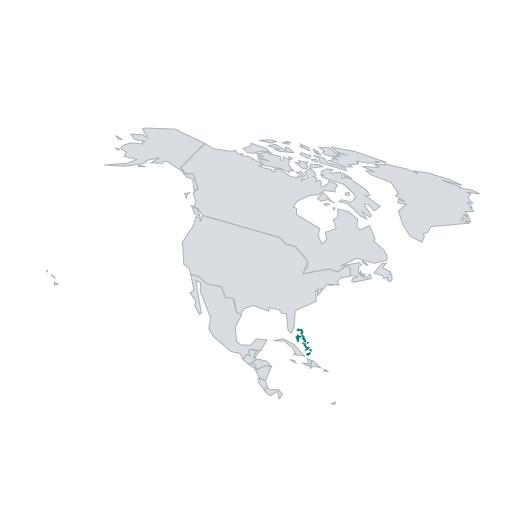 The Bahamas highlighted on a map of North America, rotated 17°
{"feature_id": "BHS", "entity_name": "The Bahamas", "entity_type": "country or territory", "adm_level": 0, "iso_a3": "BHS", "parent_name": "North America", "parent_adm1": "", "projection": "robinson", "projection_center": [-76.093, 23.939], "detail": "fine", "context": "in_parent", "style": "filled", "palette": "teal", "viewbox_px": 512, "rotation_deg": 17, "n_neighbors": 17, "source": "natural_earth", "source_scale": "50m", "svg_char_len": 11683}
<svg xmlns="http://www.w3.org/2000/svg" viewBox="0 0 512 512"><g transform="rotate(17 256 256)"><path d="M193.3,232.9L186.8,227.8L182.1,226.4L182.6,221.1L177.5,214.3L180.9,208.6L171.6,195.4L165.2,198.4L158.1,193.6L174.0,163.3L183.2,165.9L201.9,163.1L205.2,161.0L209.3,164.0L213.3,161.9L212.6,164.3L219.7,163.0L233.4,165.9L236.0,167.5L232.2,169.0L236.3,169.7L245.0,168.8L247.1,170.7L250.1,169.1L248.0,167.7L249.9,166.6L254.7,166.2L265.1,169.8L272.4,169.4L272.4,167.4L274.7,166.9L278.2,168.0L277.6,170.9L283.0,165.3L278.3,162.1L279.2,158.9L282.3,156.7L287.3,158.5L289.9,161.8L287.6,163.4L291.9,164.0L291.5,167.2L294.9,164.7L297.5,166.8L296.6,169.1L298.7,171.2L303.4,166.2L303.8,162.8L310.5,163.5L313.6,165.0L311.8,168.3L313.0,171.5L302.3,173.3L298.0,178.9L289.3,182.7L279.2,191.7L277.2,198.3L280.9,198.8L282.7,204.6L309.1,211.2L309.2,217.8L315.1,225.1L318.9,220.3L315.6,212.9L324.6,206.5L319.4,198.7L322.6,195.2L320.7,187.0L331.5,186.6L342.5,191.2L343.6,198.2L348.0,200.8L355.5,193.6L364.9,205.0L364.0,207.2L376.7,213.1L381.6,217.8L382.3,221.8L370.9,228.5L353.0,228.5L340.1,240.7L357.0,232.1L359.6,233.8L357.1,236.2L359.3,242.8L363.2,244.6L367.9,244.1L370.5,240.0L372.9,243.9L357.2,252.5L355.0,252.2L354.7,249.2L359.6,246.2L351.8,246.7L349.6,239.8L345.4,238.5L339.1,247.2L329.3,247.2L307.0,259.3L304.9,258.2L308.1,252.4L307.0,246.0L290.8,235.4L281.5,236.0L272.8,231.5L193.3,232.9ZM305.8,186.6L307.8,185.0L311.2,185.1L308.1,187.5L305.8,186.6ZM317.5,154.1L315.2,151.4L325.4,154.0L320.6,153.9L317.5,154.1ZM316.7,189.3L316.1,186.8L317.7,187.5L316.7,189.3ZM287.5,147.6L286.1,148.8L280.5,147.8L285.2,145.8L287.5,147.6ZM288.5,140.7L283.7,140.6L283.3,139.9L287.5,139.9L288.5,140.7ZM279.5,137.1L285.5,138.3L281.5,139.8L279.5,137.1ZM317.6,147.8L290.0,148.1L287.7,144.0L281.1,142.8L292.8,142.7L297.5,145.9L314.9,145.6L317.6,147.8ZM249.5,139.3L255.5,139.4L247.5,140.2L249.5,139.3ZM253.0,137.1L256.5,137.8L250.4,138.3L253.0,137.1ZM382.9,224.7L380.2,230.0L389.8,232.0L389.2,234.6L391.1,234.0L392.9,238.1L392.0,241.3L388.8,240.8L388.2,237.4L385.2,240.5L382.5,237.8L373.9,237.9L378.2,226.8L382.9,224.7ZM301.8,175.8L312.2,181.5L315.8,182.4L308.3,181.1L302.1,184.6L297.9,183.0L301.8,175.8ZM315.2,156.3L321.9,154.2L342.7,160.8L347.2,165.0L343.0,166.4L360.2,172.3L355.8,178.2L348.5,173.8L345.4,174.2L345.2,176.0L354.4,183.5L353.7,185.8L344.0,182.3L351.0,188.3L344.0,187.0L328.9,179.2L319.7,179.6L321.3,177.2L331.0,176.7L334.1,171.0L332.4,168.5L319.1,161.9L296.6,161.2L294.8,160.1L297.4,158.8L294.1,158.8L293.8,155.8L298.4,151.9L304.2,151.1L302.3,153.0L303.9,154.9L312.0,151.3L315.6,154.3L315.2,156.3ZM281.3,152.2L289.7,150.2L293.8,151.0L281.9,156.3L281.3,152.2ZM225.4,144.5L235.5,140.8L241.8,140.4L238.3,143.4L225.4,144.5ZM169.5,217.3L174.0,214.8L171.8,218.8L173.2,221.7L169.5,217.3ZM265.8,135.9L274.9,137.3L276.6,139.7L265.6,138.4L267.9,137.6L265.8,135.9ZM191.0,234.7L185.2,233.5L179.5,226.6L186.3,228.3L191.0,234.7ZM218.1,149.7L234.2,150.0L237.9,152.1L228.4,154.9L224.2,158.3L217.5,159.7L212.3,156.9L219.4,151.5L218.1,149.7ZM254.7,142.7L261.6,146.3L246.3,149.3L243.0,148.4L248.0,147.1L235.2,147.0L241.9,143.6L254.3,146.3L252.3,143.7L254.7,142.7ZM253.4,153.2L259.8,154.5L260.5,159.5L267.2,163.7L263.3,164.0L263.5,166.3L255.5,165.0L237.6,167.0L229.6,162.5L241.5,161.3L229.0,160.8L228.2,159.7L234.0,158.5L226.8,157.8L238.5,152.6L240.5,153.1L238.9,154.5L249.9,153.6L252.5,157.5L254.0,156.3L253.4,153.2ZM271.0,154.4L269.0,152.4L278.5,151.2L276.5,153.5L279.7,154.8L278.7,157.5L274.7,158.6L266.2,155.0L271.0,154.4ZM257.9,151.7L260.9,151.6L262.4,152.3L259.9,154.2L257.9,151.7ZM269.2,143.9L279.4,144.2L277.6,147.6L268.6,146.0L269.2,143.9ZM284.3,133.7L293.5,131.3L306.0,135.8L298.9,138.7L291.0,138.5L289.0,137.4L291.1,135.7L284.3,133.7ZM295.5,129.9L319.6,127.2L353.3,128.3L342.4,130.7L346.7,130.7L335.7,134.5L324.1,135.8L326.9,136.2L325.5,136.7L327.2,138.0L318.0,141.6L322.0,142.7L316.2,144.4L297.2,143.6L301.1,141.7L300.4,139.7L307.1,140.7L301.2,138.4L307.4,135.8L304.0,133.5L314.3,133.0L302.8,132.9L295.5,129.9ZM327.9,170.5L323.6,171.5L323.0,170.0L326.2,167.8L327.9,170.5ZM274.3,162.0L279.7,165.2L278.1,166.3L270.1,164.3L274.3,162.0ZM358.4,229.8L363.1,230.4L366.2,232.5L361.1,231.5L358.4,229.8ZM360.4,239.9L361.6,241.7L366.3,242.1L364.0,243.8L360.2,242.2L360.4,239.9Z" fill="#d9dde1" stroke="#a8b0b8" stroke-width="1"/><path d="M193.3,232.9L272.8,231.5L281.5,236.0L290.8,235.4L307.0,246.0L306.2,259.3L329.3,247.2L339.1,247.2L345.4,238.5L349.6,239.8L352.3,247.9L343.3,252.0L341.3,256.9L343.9,259.4L332.9,262.0L338.1,262.0L332.2,262.7L329.3,269.3L327.5,267.2L328.9,271.2L326.2,275.6L325.0,268.5L325.1,272.4L323.1,271.8L326.9,281.7L309.5,296.8L313.3,313.5L312.3,319.7L308.1,317.2L302.1,302.3L297.7,303.4L293.7,300.6L283.8,301.5L284.2,305.1L267.8,304.0L259.8,310.0L258.3,317.3L253.7,315.4L248.2,304.3L238.9,304.7L231.7,295.6L217.5,297.2L206.7,292.1L199.1,292.7L195.6,287.3L189.4,285.1L181.6,264.2L187.2,245.4L187.3,235.8L191.7,236.3L192.4,239.7L193.3,232.9ZM174.0,163.3L158.1,193.6L165.2,198.4L171.6,195.4L180.9,208.6L178.1,212.4L173.0,201.1L166.4,200.8L159.9,196.2L143.4,191.7L140.1,192.4L139.4,194.7L128.3,197.5L135.1,190.4L122.7,196.9L123.7,198.5L119.9,201.0L104.7,208.4L84.3,213.3L106.0,204.9L114.0,198.4L100.6,199.2L101.8,194.7L95.7,193.0L95.9,189.7L98.2,187.8L103.6,184.3L114.4,182.2L114.0,180.1L116.6,178.9L105.5,180.0L100.6,176.1L111.7,173.2L117.4,174.6L110.4,167.6L113.0,165.9L141.4,158.4L174.0,163.3ZM87.1,182.2L90.0,182.5L93.6,183.8L90.7,184.8L87.1,182.2ZM70.8,339.9L74.8,340.6L71.7,342.8L70.8,339.9ZM69.7,335.1L70.1,336.7L69.3,335.4L69.7,335.1ZM67.8,334.3L69.2,334.9L67.5,334.7L67.8,334.3ZM65.0,334.0L66.5,333.9L66.3,334.1L65.0,334.0ZM60.8,330.6L61.1,331.9L60.1,331.2L60.8,330.6ZM89.6,194.0L94.4,193.7L93.7,195.0L89.6,194.0ZM117.5,203.3L124.4,202.9L117.0,204.9L117.5,203.3Z" fill="#d9dde1" stroke="#a8b0b8" stroke-width="1"/><path d="M339.7,339.8L339.8,346.0L331.0,344.9L337.8,343.7L335.0,339.1L339.7,339.8Z" fill="#d9dde1" stroke="#a8b0b8" stroke-width="1"/><path d="M340.8,347.6L340.1,339.2L350.6,343.9L343.1,344.6L340.8,347.6Z" fill="#d9dde1" stroke="#a8b0b8" stroke-width="1"/><path d="M382.4,128.3L397.1,126.3L419.0,126.4L432.3,128.1L411.8,129.2L431.7,130.2L430.5,131.5L443.7,129.8L451.9,131.2L438.4,133.6L443.2,133.7L441.8,137.4L444.0,140.4L447.8,142.2L441.6,143.2L446.6,144.6L448.7,146.9L446.5,147.1L450.8,149.7L443.1,152.6L447.7,155.9L441.9,155.5L449.2,158.0L451.4,160.4L447.6,161.0L441.5,158.2L443.3,160.2L441.4,161.7L450.9,162.0L414.8,176.7L413.1,183.2L409.7,185.8L411.4,188.4L410.5,194.3L397.3,191.8L386.9,182.7L379.0,171.3L384.6,162.6L375.9,163.6L375.9,160.0L383.0,160.7L372.0,157.5L374.0,154.7L363.7,146.2L342.1,144.7L335.7,142.1L345.4,141.1L331.6,139.3L346.9,135.6L347.6,134.7L342.0,133.7L353.1,131.1L352.1,130.2L375.6,128.7L387.7,130.4L382.4,128.3Z" fill="#d9dde1" stroke="#a8b0b8" stroke-width="1"/><path d="M199.1,292.7L206.7,292.1L217.5,297.2L231.7,295.6L238.9,304.7L246.1,302.9L253.7,315.4L259.5,317.2L256.7,329.8L262.5,343.1L267.2,345.6L276.9,342.9L280.7,335.1L291.0,333.1L288.3,345.2L278.1,346.8L276.6,348.9L279.7,353.2L275.6,353.2L273.9,358.8L268.8,353.7L260.1,354.7L238.2,345.0L232.1,339.0L230.9,328.6L212.9,305.9L210.9,297.8L205.4,296.9L220.3,326.4L218.8,328.4L211.8,321.4L211.8,316.7L203.7,310.4L206.8,307.3L199.1,292.7Z" fill="#d9dde1" stroke="#a8b0b8" stroke-width="1"/><path d="M321.7,380.4L320.0,385.7L316.0,379.2L310.3,385.7L303.9,382.6L303.7,377.4L308.5,380.0L316.3,377.1L321.7,380.4Z" fill="#d9dde1" stroke="#a8b0b8" stroke-width="1"/><path d="M304.9,377.1L303.6,382.0L294.9,375.7L294.0,372.2L301.4,372.1L304.9,377.1Z" fill="#d9dde1" stroke="#a8b0b8" stroke-width="1"/><path d="M301.4,372.1L294.8,371.5L288.5,364.8L297.4,357.9L303.1,357.2L301.4,372.1Z" fill="#d9dde1" stroke="#a8b0b8" stroke-width="1"/><path d="M303.1,357.2L297.4,357.9L289.7,364.5L283.2,359.3L287.9,354.0L297.3,353.5L303.1,357.2Z" fill="#d9dde1" stroke="#a8b0b8" stroke-width="1"/><path d="M283.2,359.3L288.4,361.6L287.8,363.9L280.7,361.8L283.2,359.3Z" fill="#d9dde1" stroke="#a8b0b8" stroke-width="1"/><path d="M273.9,358.8L275.6,353.2L279.7,353.2L276.6,348.9L278.1,346.8L284.1,346.8L283.6,353.9L286.9,354.5L283.2,359.3L280.7,361.8L273.9,358.8Z" fill="#d9dde1" stroke="#a8b0b8" stroke-width="1"/><path d="M284.1,346.8L287.4,344.8L284.6,353.9L283.6,353.9L284.1,346.8Z" fill="#d9dde1" stroke="#a8b0b8" stroke-width="1"/><path d="M354.5,344.2L359.3,345.3L354.3,346.3L354.5,344.2Z" fill="#d9dde1" stroke="#a8b0b8" stroke-width="1"/><path d="M318.6,345.3L323.2,344.7L325.4,346.5L318.6,345.3Z" fill="#d9dde1" stroke="#a8b0b8" stroke-width="1"/><path d="M306.2,327.1L318.6,329.6L331.9,337.7L320.5,339.3L322.6,337.3L317.4,332.9L307.7,329.1L297.6,331.8L306.2,327.1Z" fill="#d9dde1" stroke="#a8b0b8" stroke-width="1"/><path d="M371.4,375.2L374.8,372.4L374.7,375.1L371.4,375.2Z" fill="#d9dde1" stroke="#a8b0b8" stroke-width="1"/><path d="M320.6,321.5L320.6,321.9L320.6,322.3L320.2,322.6L319.8,322.9L319.6,323.0L319.5,322.7L319.3,322.6L319.3,322.3L319.1,322.4L318.9,322.3L318.6,322.1L318.4,321.8L318.7,321.7L318.7,321.9L319.0,321.7L318.9,321.6L318.8,321.3L319.2,320.7L319.3,320.3L319.1,319.7L319.7,319.9L319.8,320.1L319.8,320.4L320.0,320.6L320.3,321.2L320.6,321.5ZM320.8,323.2L320.8,323.3L320.5,323.5L320.8,323.7L321.0,323.3L321.1,323.6L321.2,324.1L321.2,324.3L321.3,324.4L321.3,324.6L321.1,325.0L320.5,325.0L320.5,324.6L320.4,324.5L320.2,323.9L319.8,323.3L319.9,323.2L320.1,323.2L320.5,323.1L320.8,323.2ZM335.5,334.4L335.4,334.7L335.1,335.2L334.3,335.3L333.5,335.3L333.5,335.2L333.4,335.1L333.5,334.9L333.5,334.7L333.8,334.6L333.9,334.4L334.3,334.4L334.7,334.5L334.9,334.5L335.2,334.4L335.4,334.0L335.6,334.0L335.5,334.4ZM322.2,317.1L321.9,316.8L321.7,316.7L322.0,316.4L322.1,316.2L322.1,315.7L322.2,315.4L322.2,315.2L322.3,314.9L322.2,314.7L321.9,314.5L321.3,313.6L320.4,313.4L320.0,313.4L320.5,313.3L320.8,313.4L321.3,313.4L321.5,313.7L321.8,314.0L322.0,314.1L322.1,314.3L322.4,314.5L322.7,314.8L322.8,315.5L322.4,315.9L322.3,316.9L322.2,317.1ZM318.2,314.1L318.6,314.2L318.8,314.2L319.5,314.1L320.0,314.0L320.0,314.3L319.1,314.4L318.2,314.7L317.7,314.9L317.4,314.9L316.7,314.2L316.8,314.3L317.3,314.6L317.5,314.5L317.8,314.3L317.8,314.2L317.9,313.8L318.2,314.1ZM324.0,318.6L324.5,319.0L325.0,319.2L325.5,319.7L325.7,319.9L325.7,320.1L325.6,320.8L325.5,321.3L325.5,321.7L325.4,321.6L325.3,321.3L325.1,321.2L325.4,321.1L325.4,320.6L325.6,320.3L325.6,320.0L325.2,319.6L324.9,319.3L324.5,319.2L324.1,318.8L323.9,318.8L323.6,318.8L323.7,318.7L323.8,318.4L324.0,318.6ZM329.7,328.1L329.3,327.5L328.8,327.3L328.5,327.2L328.8,327.0L328.8,326.8L328.7,326.5L328.5,326.0L328.3,325.7L328.2,325.3L328.6,325.8L328.7,326.1L328.9,326.5L329.0,327.2L329.4,327.4L329.7,327.8L329.7,328.1ZM331.8,330.6L331.5,330.8L331.6,330.6L332.0,330.2L332.3,330.0L332.4,329.9L332.6,329.7L332.7,329.3L332.5,329.1L332.5,328.9L332.9,328.7L332.8,328.9L332.9,329.5L332.5,330.1L332.1,330.3L331.8,330.6ZM328.3,323.4L328.3,323.5L328.1,323.5L327.8,323.6L327.6,323.6L327.7,323.4L327.9,323.3L327.9,323.1L327.7,322.9L327.4,322.3L327.2,322.1L327.1,321.9L326.9,321.7L327.0,321.5L327.6,322.4L327.6,322.5L328.3,323.4ZM335.5,329.9L335.8,329.9L336.1,330.0L336.3,330.2L336.3,330.4L335.9,330.1L335.7,330.1L335.2,330.1L335.2,329.8L335.5,329.9ZM332.2,328.8L332.3,328.8L332.1,329.0L331.6,328.8L331.5,328.6L331.4,328.5L331.4,328.3L331.7,328.5L331.9,328.6L332.2,328.8ZM321.8,320.4L321.5,320.4L321.2,320.4L321.3,320.2L321.5,320.1L321.9,320.1L322.0,320.2L322.1,320.3L321.8,320.4ZM327.1,326.1L326.8,326.0L326.2,325.6L326.0,325.3L326.7,325.8L326.9,326.0L327.1,326.1ZM331.0,323.8L330.8,324.2L330.7,324.2L330.7,323.7L330.9,323.6L331.0,323.6L331.0,323.8ZM335.9,333.2L335.5,333.4L335.4,333.2L335.6,333.0L335.9,333.2Z" fill="#14b8a6" stroke="#0f766e" stroke-width="1.5"/></g></svg>